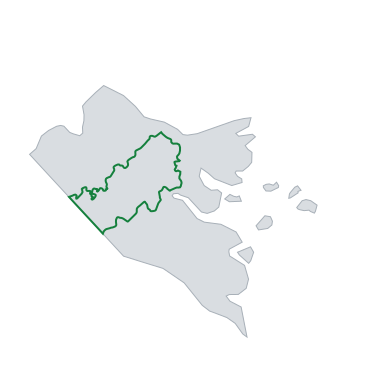 Bafatá on a map of Guinea-Bissau (Robinson projection), rotated 227°
{"feature_id": "GNB-776", "entity_name": "Bafatá", "entity_type": "Region", "adm_level": 1, "iso_a3": "GNB", "parent_name": "Guinea-Bissau", "parent_adm1": "", "projection": "robinson", "projection_center": [-14.664, 12.138], "detail": "fine", "context": "in_parent", "style": "outline", "palette": "green", "viewbox_px": 384, "rotation_deg": 227, "n_neighbors": 0, "source": "natural_earth", "source_scale": "10m", "svg_char_len": 6396}
<svg xmlns="http://www.w3.org/2000/svg" viewBox="0 0 384 384"><g transform="rotate(227 192 192)"><path d="M48.4,133.3L53.6,132.3L66.4,134.0L76.3,131.9L83.3,128.5L92.9,123.7L102.1,122.2L130.9,124.3L155.9,118.7L174.5,108.0L191.7,98.2L214.0,98.3L237.8,98.5L271.7,98.6L298.6,98.7L330.3,98.9L330.0,107.6L335.6,120.0L334.8,129.1L332.4,137.8L330.3,141.3L327.5,143.2L319.0,143.2L315.4,144.9L309.7,148.3L309.6,152.3L314.1,156.1L317.8,161.5L322.1,165.7L329.5,170.5L330.2,175.9L330.5,189.4L330.1,200.0L309.2,207.7L293.2,209.0L279.7,208.2L273.8,211.4L262.0,219.4L247.6,224.2L240.2,224.5L236.7,227.4L231.1,235.6L215.4,271.5L210.3,280.1L206.1,285.8L201.3,278.1L205.0,264.0L201.0,264.2L193.0,275.6L189.1,276.0L189.7,262.5L185.2,262.0L180.1,262.9L173.0,255.9L172.3,250.6L172.8,243.3L177.2,238.6L176.6,236.6L172.4,236.0L167.7,237.3L164.8,235.1L169.6,225.5L186.3,217.5L194.7,216.7L203.3,214.9L198.6,208.0L188.4,205.3L180.2,207.2L176.2,212.2L171.1,213.0L162.7,201.3L162.9,195.4L166.0,188.5L170.9,185.3L190.3,185.4L197.6,181.5L200.6,180.8L203.4,177.2L202.8,174.9L199.7,174.7L192.4,179.4L169.1,177.6L161.6,180.4L148.7,191.1L132.7,197.0L121.1,194.5L124.8,180.2L123.2,178.2L119.5,175.9L102.5,180.4L89.7,173.9L84.6,166.0L85.5,156.0L91.6,149.3L92.6,146.0L86.2,145.3L74.4,149.5L48.4,133.3ZM104.7,272.9L97.1,274.5L93.7,269.1L93.1,267.1L97.1,265.3L98.9,265.2L101.9,261.3L105.6,258.7L107.3,257.9L109.2,258.0L110.5,266.6L108.7,270.2L104.7,272.9ZM124.9,229.1L120.4,232.5L115.8,230.9L113.4,227.9L113.7,222.5L118.9,214.8L123.6,215.8L124.9,229.1ZM116.9,184.2L112.0,197.4L105.9,196.0L101.7,188.1L101.2,184.8L113.6,183.7L116.9,184.2ZM141.5,256.1L141.5,260.5L137.5,259.7L136.4,258.3L138.8,250.3L142.3,246.8L146.6,247.3L147.9,248.4L147.0,251.5L145.2,254.0L141.5,256.1ZM157.8,221.4L156.9,223.9L151.6,221.8L159.4,212.7L164.6,211.2L164.4,218.1L160.4,219.6L157.8,221.4ZM125.4,270.4L124.5,273.4L118.9,272.9L120.2,269.9L119.0,269.0L120.6,259.9L121.4,258.5L124.1,261.9L124.5,263.3L125.4,270.4Z" fill="#d9dde1" stroke="#a8b0b8" stroke-width="1"/><path d="M222.3,98.4L229.9,98.5L263.4,98.6L272.3,98.7L270.8,102.2L270.4,103.7L269.9,104.5L269.5,105.0L269.0,105.1L268.5,105.2L268.0,105.1L267.7,104.7L267.2,103.8L266.5,103.1L266.1,102.9L265.8,103.1L265.6,103.9L266.0,110.0L266.4,111.4L266.6,111.9L267.0,112.2L267.9,112.6L268.5,113.3L268.9,113.5L269.3,113.5L269.4,114.0L269.3,114.7L268.8,116.2L268.5,116.9L268.1,117.4L267.9,117.6L267.5,117.7L267.1,117.6L266.9,117.5L266.6,117.3L266.0,116.6L265.6,116.2L265.1,116.0L264.6,116.0L264.1,116.2L263.8,116.6L262.7,117.8L262.4,118.0L262.0,118.2L261.6,118.2L261.3,117.9L261.2,117.7L260.8,116.8L260.5,116.5L260.0,116.3L259.0,116.5L258.5,116.5L258.1,116.3L257.8,115.9L257.5,115.7L257.3,115.6L256.5,116.0L256.1,116.1L255.7,115.9L255.6,115.4L255.7,114.7L255.7,114.1L255.3,113.7L254.8,113.7L254.4,114.0L254.2,114.7L254.1,115.7L254.4,117.6L254.7,118.6L255.1,119.2L255.5,119.5L256.0,119.5L256.5,119.3L256.9,119.1L258.2,118.3L258.7,118.1L259.1,118.1L259.5,118.3L259.9,118.7L261.1,120.3L261.3,120.8L261.5,121.3L261.5,122.0L261.4,122.6L260.8,123.2L260.3,123.4L259.8,123.6L259.5,124.0L259.2,124.4L258.9,124.6L258.5,124.6L258.2,124.3L257.7,123.4L257.5,123.1L257.3,123.0L256.9,123.1L256.7,123.6L256.7,124.3L257.1,126.2L257.3,126.7L257.4,127.1L257.4,127.4L257.0,127.9L256.6,128.2L256.1,128.5L255.5,128.6L254.9,128.6L254.4,128.5L253.7,128.1L253.3,128.2L253.0,128.4L252.6,128.8L252.3,129.2L252.1,129.6L252.0,130.0L252.1,130.4L252.5,130.6L252.8,130.8L252.6,131.3L252.4,131.7L252.2,131.9L252.1,132.0L252.2,132.3L252.3,132.5L253.9,132.8L254.3,133.1L254.6,133.5L255.2,134.4L255.5,134.8L255.9,135.1L256.3,135.3L257.9,135.8L258.3,136.0L259.1,136.5L259.8,137.3L260.1,137.7L260.3,138.3L260.3,139.1L259.9,140.3L259.7,141.0L259.1,142.1L259.0,142.8L259.1,143.6L260.6,149.2L260.7,149.6L260.9,149.9L261.2,150.2L261.6,150.5L262.0,150.8L263.0,151.1L263.4,151.4L263.7,151.8L263.8,152.7L263.6,154.0L262.8,156.3L262.2,157.1L261.6,157.5L261.1,157.4L260.6,157.5L260.2,157.7L259.2,158.7L258.8,159.0L258.3,159.1L257.9,159.1L256.7,158.8L256.2,158.8L255.7,159.0L255.2,159.4L254.9,160.0L254.8,161.2L254.8,162.1L255.1,163.2L255.5,163.8L255.9,164.1L256.7,164.7L258.1,165.4L258.4,165.6L258.7,166.5L258.7,167.9L258.2,170.9L257.9,172.2L257.5,173.0L257.3,173.2L257.2,173.7L257.1,174.3L257.4,175.3L257.7,175.9L258.1,176.3L260.0,177.9L260.3,178.3L260.5,178.9L260.4,179.7L259.3,183.4L259.1,184.3L259.1,185.6L259.3,190.5L259.8,194.5L259.8,196.5L259.9,197.2L260.2,197.7L260.9,198.4L261.2,198.8L261.3,199.4L261.2,200.0L260.5,200.9L259.9,201.4L258.4,202.1L258.0,202.4L257.7,202.7L257.3,204.2L256.8,210.2L254.7,210.0L250.3,210.5L248.2,211.0L245.5,212.3L244.7,212.4L244.1,212.2L243.0,211.2L242.7,210.9L241.1,210.8L240.2,211.2L237.6,214.1L235.4,214.9L232.8,213.7L230.4,211.4L228.8,209.0L228.4,207.2L228.4,206.0L228.0,205.0L226.3,204.0L223.3,204.4L223.2,203.8L225.6,200.6L225.9,199.8L225.5,199.3L223.1,198.1L222.7,198.1L222.3,198.3L221.8,198.6L221.5,198.2L221.2,197.3L220.6,196.3L220.5,195.5L220.2,194.7L219.3,194.3L218.3,194.4L217.7,195.0L217.3,196.4L214.8,197.3L213.1,195.6L211.8,193.2L210.5,192.0L207.7,191.6L206.9,191.3L205.8,190.6L205.2,189.8L204.8,189.0L204.0,187.9L203.6,186.5L204.4,185.2L205.6,184.0L206.2,182.7L208.0,177.5L208.0,176.8L208.4,176.5L209.8,176.4L210.8,176.1L211.1,176.2L212.2,176.2L213.2,176.0L213.7,175.8L214.1,175.6L214.5,175.3L214.8,175.1L214.9,174.9L215.0,174.6L215.0,174.2L214.7,173.5L214.1,172.0L214.0,171.5L213.9,171.2L214.0,170.5L214.1,169.8L214.5,168.8L214.6,168.2L214.3,167.7L210.5,165.3L210.0,164.8L209.2,164.4L208.2,164.1L207.7,163.9L207.4,163.5L207.3,162.9L206.9,160.3L206.5,159.2L203.6,153.5L203.5,152.8L203.7,152.0L204.4,150.8L205.3,149.6L205.7,149.2L206.0,148.9L206.4,148.7L206.9,148.8L207.4,148.9L207.9,149.0L208.4,148.9L208.9,148.7L209.4,148.6L209.9,148.6L210.2,148.7L210.6,148.8L213.0,150.3L213.5,150.5L214.1,150.6L215.9,150.7L216.9,150.9L217.3,150.6L217.5,149.7L217.6,144.7L217.8,142.6L217.7,141.2L217.4,140.3L217.0,139.8L215.2,138.1L214.9,137.7L214.7,137.3L214.5,136.7L214.4,136.0L214.1,125.5L214.2,124.9L214.7,124.6L219.3,123.6L220.7,123.0L221.2,122.7L222.3,121.7L222.7,121.5L223.2,121.3L223.7,121.0L224.0,120.7L224.3,120.3L224.4,119.7L224.1,118.8L223.8,118.2L223.6,117.8L223.4,117.4L222.1,116.1L219.7,114.3L219.4,113.9L219.2,113.3L219.2,112.4L219.8,110.7L220.2,109.8L221.2,108.3L221.6,107.2L223.1,104.4L223.3,103.9L223.5,103.1L223.5,101.9L223.4,100.6L222.3,98.4Z" fill="none" stroke="#15803d" stroke-width="2"/></g></svg>